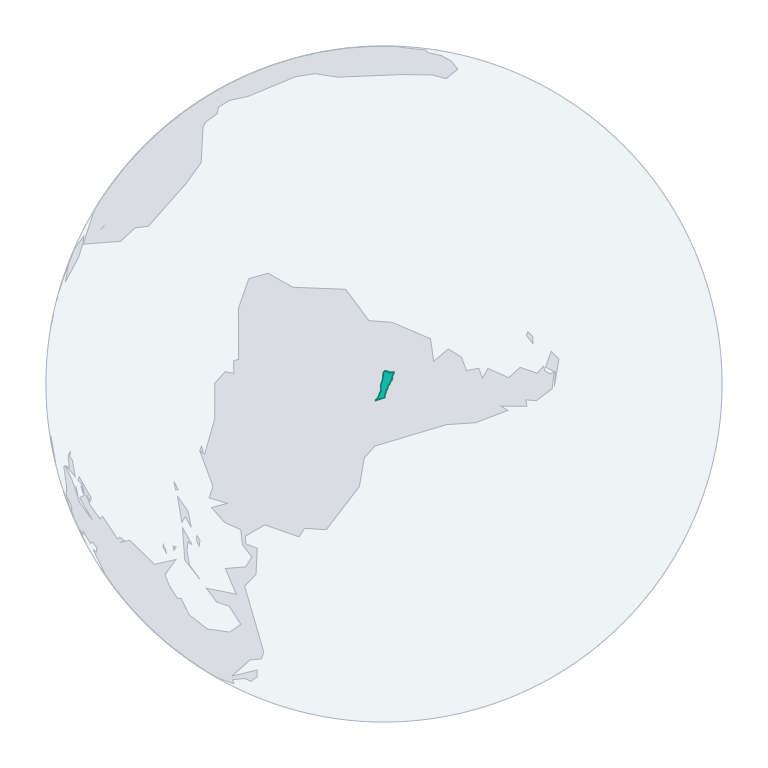 globe centered on Formosa, rotated 253°
{"feature_id": "ARG-1307", "entity_name": "Formosa", "entity_type": "Province", "adm_level": 1, "iso_a3": "ARG", "parent_name": "Argentina", "parent_adm1": "", "projection": "orthographic", "projection_center": [-59.89, -24.679], "detail": "fine", "context": "on_globe", "style": "filled", "palette": "teal", "viewbox_px": 768, "rotation_deg": 253, "n_neighbors": 0, "source": "natural_earth", "source_scale": "10m", "svg_char_len": 7077}
<svg xmlns="http://www.w3.org/2000/svg" viewBox="0 0 768 768"><g transform="rotate(253 384 384)"><circle cx="384" cy="384" r="338" fill="#eef3f6" stroke="#a8b0b8"/><path d="M291.3,59.0L284.5,61.2L285.6,61.5L310.5,57.5L307.5,59.8L311.5,61.6L318.1,59.0L317.4,56.8L330.6,53.3L328.1,52.1L333.1,50.9L334.9,49.8L346.3,48.4L356.4,48.0L355.5,49.1L360.0,49.4L370.3,47.6L377.8,50.3L398.6,53.7L399.2,55.2L383.5,57.7L359.5,58.3L339.0,65.4L364.1,59.7L365.3,65.0L370.5,65.8L377.3,65.4L381.5,63.2L384.4,65.3L360.6,70.7L357.7,68.8L365.2,66.8L353.9,67.6L337.9,73.0L339.8,76.2L313.7,83.9L314.7,86.5L309.6,90.3L309.7,85.2L309.0,95.0L278.6,111.8L277.0,133.7L265.7,118.9L253.9,119.7L239.2,123.8L238.6,127.2L220.1,130.2L201.4,143.4L191.8,164.0L196.0,176.9L216.8,170.9L224.4,160.3L240.5,154.5L226.2,181.3L253.9,178.3L249.6,198.3L257.3,207.1L271.8,201.7L286.6,204.4L298.1,191.2L316.2,183.0L315.7,199.2L326.3,183.5L336.0,190.5L372.5,188.4L369.5,192.1L400.1,211.9L434.2,222.4L442.2,235.8L438.0,243.5L450.0,246.9L450.2,252.3L498.9,266.9L524.3,285.6L523.8,305.5L503.1,325.2L485.8,374.9L449.0,388.1L440.6,409.8L413.6,441.7L391.2,438.2L398.6,455.7L387.0,466.0L372.8,466.7L371.3,479.3L360.8,479.8L368.5,488.0L353.5,505.2L360.1,519.0L349.6,533.6L354.3,541.8L349.6,541.8L345.3,545.3L345.6,550.2L330.3,543.4L323.6,524.9L327.3,515.0L321.0,514.1L328.6,489.4L322.6,494.7L320.2,460.2L326.9,431.9L327.3,357.1L319.3,343.7L293.2,330.5L261.6,286.2L269.2,265.7L262.7,258.0L284.1,228.9L279.1,207.0L271.6,205.1L263.9,214.7L239.3,205.9L231.6,191.7L162.7,190.6L157.0,186.5L159.3,175.0L149.1,153.2L147.6,179.0L141.2,177.1L138.5,169.8L143.1,164.8L145.4,152.8L141.4,152.8L151.4,139.0L160.9,130.2L180.2,114.5L200.7,100.1L222.1,87.4L244.4,76.2L267.5,66.8L291.3,59.0ZM274.0,142.1L305.8,149.3L286.5,153.4L290.4,150.6L282.6,146.8L267.6,145.0L251.1,150.9L274.0,142.1ZM291.0,126.6L285.3,126.6L291.0,125.6L291.0,126.6ZM328.5,50.8L331.6,50.3L329.7,50.7L328.5,50.8ZM326.4,51.1L321.9,51.9L320.2,52.2L323.0,51.6L326.4,51.1ZM331.7,50.1L332.3,50.1L321.2,52.0L331.7,50.1ZM356.6,558.5L332.0,546.3L345.4,551.4L352.8,543.4L366.4,553.4L356.6,558.5ZM379.2,538.3L389.0,534.4L391.8,536.8L385.8,540.1L379.2,538.3ZM642.9,166.8L648.3,173.6L655.0,182.2L669.4,203.0L682.1,224.9L693.2,247.7L702.5,271.2L710.1,295.4L715.8,320.0L719.7,345.0L721.6,370.3L721.7,395.6L719.9,420.9L716.2,445.9L710.6,470.6L703.2,494.8L700.9,498.8L691.1,521.5L688.1,522.8L681.3,534.7L673.2,542.7L663.5,546.6L657.9,532.6L665.5,520.4L674.7,491.5L691.0,429.3L700.9,408.9L703.8,389.2L698.8,338.7L700.4,318.6L697.1,306.7L691.3,303.5L686.5,289.5L682.2,285.9L649.2,273.9L634.0,253.9L603.8,204.9L606.1,191.7L597.5,173.7L605.7,137.2L617.5,145.5L635.5,158.3L635.7,158.5L642.9,166.8ZM605.2,128.5L603.9,127.5L613.2,140.2L606.8,137.4L594.1,128.7L574.6,108.9L591.2,117.6L584.5,112.2L567.4,100.3L573.9,104.5L572.8,103.7L605.2,128.5ZM614.7,158.5L617.3,163.2L614.7,158.5ZM373.6,188.1L377.9,191.2L372.0,191.4L373.6,188.1ZM283.2,159.8L290.2,159.0L293.7,160.8L288.2,162.3L283.2,159.8ZM343.8,153.7L352.1,154.6L343.2,156.2L343.8,153.7ZM310.9,150.3L337.1,153.7L319.7,159.4L303.3,157.8L315.0,155.2L310.9,150.3ZM286.4,134.6L290.6,134.9L289.0,137.6L286.4,134.6ZM295.1,126.0L293.3,126.4L291.5,124.8L295.1,126.0ZM366.7,64.6L368.7,64.3L375.4,64.3L371.8,65.3L366.7,64.6ZM407.8,61.0L411.5,64.5L406.4,62.3L402.1,63.7L385.9,61.6L398.7,55.9L395.8,58.5L407.8,61.0ZM367.8,58.4L376.6,59.6L366.4,58.6L367.8,58.4ZM546.6,87.8L543.8,86.5L537.0,82.7L546.6,87.8ZM562.3,97.0L559.4,95.2L559.6,95.3L562.3,97.0ZM374.8,46.2L374.0,46.2L372.2,46.3L374.8,46.2ZM367.3,46.5L371.4,46.5L360.9,47.0L366.6,47.1L347.4,48.1L367.3,46.5ZM430.9,49.4L429.5,49.3L431.9,50.4L417.2,48.5L405.6,46.9L402.2,46.6L430.9,49.4Z" fill="#d9dde1" stroke="#a8b0b8" stroke-width="1"/><path d="M370.6,371.1L370.8,371.1L371.0,371.2L371.0,371.3L371.2,371.5L371.1,371.8L371.3,372.0L371.5,372.0L371.5,372.3L371.5,372.5L371.8,372.9L371.9,373.0L372.0,373.1L372.3,373.4L372.3,373.5L372.5,373.8L372.5,374.0L372.8,374.4L373.4,374.7L373.4,374.8L373.6,375.0L373.8,375.1L373.9,375.3L374.0,375.6L374.3,375.8L374.6,375.8L375.0,376.1L375.1,376.3L375.3,376.6L375.5,376.6L375.8,376.8L376.0,376.8L376.4,377.0L376.5,377.1L376.7,377.3L376.8,377.4L377.0,377.4L377.2,377.6L377.3,377.7L377.4,377.8L377.4,378.0L377.5,378.3L377.7,378.5L377.8,378.6L377.9,378.8L378.0,378.9L378.1,379.0L378.4,378.9L378.6,379.0L378.9,379.3L379.0,379.3L379.5,379.3L380.0,379.4L380.2,379.5L380.3,379.7L380.5,379.7L380.8,379.9L381.1,379.9L381.3,379.9L381.4,380.0L381.5,380.1L381.8,380.1L382.2,380.2L382.6,380.1L382.8,380.1L383.0,380.0L385.2,381.3L385.4,381.5L385.5,381.7L385.8,381.8L386.0,382.0L386.3,382.1L386.4,382.3L386.5,382.3L386.7,382.5L386.8,382.6L386.9,382.8L387.1,382.9L387.2,383.0L387.3,383.1L387.7,383.2L387.8,383.4L388.1,383.5L388.3,383.6L388.6,383.8L388.8,383.8L389.8,384.6L390.2,384.6L390.3,384.7L390.4,384.8L391.6,385.1L391.8,385.2L391.9,385.4L392.2,385.8L392.3,385.9L392.6,385.8L392.7,385.7L392.8,385.6L393.4,385.9L393.4,386.0L393.5,386.0L393.9,386.2L394.0,386.2L394.1,386.3L394.3,386.4L394.7,386.4L394.8,386.5L395.1,386.8L395.3,387.0L395.6,387.4L395.7,387.6L395.8,387.7L396.0,388.1L396.3,388.5L396.3,389.2L396.3,389.3L396.2,389.4L396.1,389.6L395.8,389.6L395.8,389.8L395.7,389.8L395.4,389.9L395.2,390.1L395.3,390.2L395.3,390.4L395.2,390.5L395.1,390.9L395.0,391.0L394.9,391.0L394.7,391.1L394.8,391.3L394.7,391.4L394.6,391.6L394.8,391.8L394.7,391.9L394.1,392.4L393.9,392.5L393.5,392.6L393.4,392.9L393.4,393.0L393.2,392.9L393.2,393.0L393.3,393.1L393.4,393.3L393.2,393.4L393.1,393.5L393.1,393.8L392.9,394.2L392.9,394.3L393.0,394.5L392.9,394.6L392.8,395.0L393.0,395.2L393.1,395.3L393.0,395.5L392.9,395.7L392.7,395.7L392.7,395.9L392.6,396.3L392.4,396.4L392.5,396.5L392.4,396.6L392.2,396.6L392.2,396.8L392.3,397.0L392.2,397.0L392.0,396.9L391.9,396.8L391.7,396.8L391.5,396.7L391.4,396.5L391.1,396.3L391.1,396.2L391.0,395.9L390.5,395.6L390.4,395.5L390.3,395.4L390.2,395.3L389.8,395.0L389.5,394.9L389.4,394.8L389.3,394.6L389.2,394.5L389.1,394.3L388.9,394.2L388.2,393.9L388.0,393.7L387.9,393.6L387.7,393.6L387.5,393.8L387.3,393.8L387.2,393.8L386.9,393.8L386.8,393.7L386.7,393.6L386.7,393.4L386.5,393.2L386.5,392.9L386.3,392.8L386.2,392.8L385.9,392.7L385.7,392.7L385.4,392.6L385.2,392.6L385.2,392.2L385.1,391.9L384.6,391.3L384.4,391.1L384.2,391.0L384.2,390.9L384.1,390.7L383.9,390.6L383.7,390.5L383.6,390.4L383.3,390.2L383.2,390.0L382.9,389.9L382.7,389.8L382.4,389.7L382.2,389.4L382.2,389.2L382.2,388.9L381.9,388.8L381.9,388.7L381.6,388.4L381.5,388.0L381.4,388.0L381.3,387.9L381.1,387.8L380.9,387.5L380.9,387.4L380.7,387.1L380.4,387.1L380.0,386.9L379.8,386.7L379.3,386.4L379.1,386.4L378.9,386.1L378.7,386.0L378.6,385.9L377.9,385.3L377.7,385.3L377.5,385.2L377.6,384.9L377.3,384.5L377.3,384.3L377.2,384.3L377.1,384.2L376.9,384.0L376.9,383.9L376.7,383.8L376.2,383.8L376.0,383.7L375.8,383.7L375.7,383.7L375.4,383.5L375.3,383.4L375.1,383.2L375.0,382.9L374.9,382.9L374.6,382.9L374.3,382.5L374.3,382.4L374.2,382.4L374.0,382.2L373.9,382.1L373.6,382.1L373.4,382.0L373.2,381.9L372.7,381.6L372.6,381.4L372.4,381.3L372.0,381.3L370.8,380.8L370.6,371.1Z" fill="#14b8a6" stroke="#0f766e" stroke-width="1.5"/></g></svg>